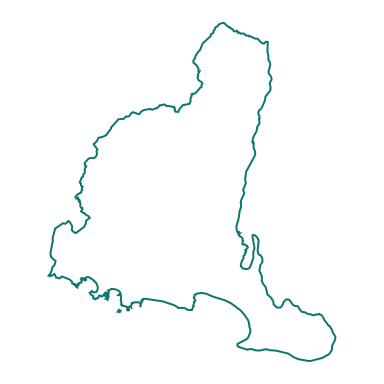 Banyuwangi, Jawa Timur, Indonesia (Mercator projection)
{"feature_id": "22746128B51270543903443", "entity_name": "Banyuwangi", "entity_type": "district", "adm_level": 2, "iso_a3": "IDN", "parent_name": "Indonesia", "parent_adm1": "Jawa Timur", "projection": "mercator", "projection_center": [114.187, -8.333], "detail": "fine", "context": "isolated", "style": "outline", "palette": "teal", "viewbox_px": 384, "rotation_deg": 0, "n_neighbors": 0, "source": "geoboundaries", "source_scale": "gbopen_adm2", "svg_char_len": 5924}
<svg xmlns="http://www.w3.org/2000/svg" viewBox="0 0 384 384"><path d="M267.8,42.0L266.2,41.6L264.3,43.0L264.0,42.6L264.2,43.5L263.7,43.7L261.3,42.7L257.6,38.7L255.3,38.7L250.9,36.5L248.9,36.3L248.7,35.6L245.9,35.5L244.6,34.1L243.0,33.4L240.8,33.7L239.5,32.7L238.1,32.9L238.1,31.9L236.7,30.8L236.3,31.5L233.7,31.2L232.8,29.3L230.4,28.3L230.3,27.5L228.1,26.8L224.1,23.0L221.3,23.2L219.0,24.4L217.2,26.4L215.2,27.6L215.1,28.9L213.4,31.1L213.5,32.2L212.6,33.4L210.8,34.2L210.8,36.0L202.7,43.4L199.9,50.3L198.0,52.0L195.5,56.0L194.8,58.6L193.6,59.9L193.3,62.5L196.4,65.2L198.5,68.6L198.3,71.0L198.7,71.6L199.4,71.4L198.2,73.8L197.6,78.1L198.7,80.3L201.6,82.2L202.4,83.5L201.5,85.0L201.6,86.9L199.7,88.2L195.8,92.9L192.9,94.2L192.4,93.7L191.6,94.1L191.6,96.2L190.7,97.7L190.4,100.4L190.7,101.3L189.4,103.8L182.6,105.3L179.7,108.8L178.3,111.9L175.4,111.7L174.5,109.6L175.0,108.5L174.0,106.8L173.1,107.1L169.8,106.1L166.6,106.0L164.2,104.4L161.2,105.3L160.1,105.1L157.6,107.7L153.0,109.5L151.9,109.7L150.3,108.9L143.7,110.1L140.8,111.9L139.9,113.7L138.8,114.2L133.6,112.3L132.0,112.5L129.3,115.9L128.3,116.5L125.9,116.5L123.9,118.8L118.4,119.3L111.1,127.5L110.9,128.8L106.1,135.2L102.3,137.0L98.5,137.8L96.7,141.3L93.6,144.2L97.5,149.5L96.5,151.4L97.0,153.9L96.2,156.2L94.0,158.2L91.4,158.0L88.6,158.6L84.9,162.6L84.8,164.9L86.0,165.9L85.6,166.3L86.1,166.8L85.2,167.9L84.7,170.2L84.9,172.5L83.4,174.3L83.0,176.8L81.8,177.3L79.7,182.6L80.9,183.5L81.0,185.5L82.7,187.0L81.7,188.3L82.3,189.9L81.5,190.6L81.1,192.5L77.2,194.6L75.5,197.2L76.4,197.6L76.4,198.4L78.0,197.7L78.4,198.6L78.1,199.6L79.2,199.8L80.0,201.2L79.1,201.6L80.5,203.5L80.2,205.9L81.2,207.9L82.3,207.9L82.5,208.5L82.3,209.7L81.0,211.3L83.5,213.1L84.5,213.1L85.6,214.6L88.7,216.3L89.8,217.9L86.1,220.7L85.7,223.9L84.1,226.9L75.9,233.1L74.1,232.4L71.8,230.2L72.2,226.3L70.0,222.3L68.5,221.0L65.4,223.8L62.8,223.3L55.2,228.6L52.7,237.8L52.8,240.8L50.5,252.9L50.8,256.3L52.4,258.4L55.5,260.9L55.3,262.4L54.5,264.9L52.4,267.4L51.1,272.3L48.6,275.7L49.8,276.0L50.9,275.6L51.1,276.0L54.5,274.0L56.3,277.8L57.2,277.5L58.7,278.4L60.7,277.8L61.4,276.6L63.0,276.8L69.8,279.6L72.1,281.8L72.1,283.4L73.5,283.7L73.9,284.5L74.7,284.0L75.4,285.4L77.5,284.4L78.6,284.8L78.8,283.1L81.2,282.7L81.8,281.1L80.9,279.6L81.7,279.1L81.5,278.1L83.1,278.2L84.1,280.1L85.2,280.5L86.1,279.8L85.1,278.2L85.6,277.7L87.6,277.0L89.3,277.4L94.1,280.6L94.3,281.6L95.2,281.8L96.4,283.4L97.8,286.8L97.7,289.0L96.7,291.6L93.9,292.6L91.7,291.0L91.2,292.1L89.7,292.8L90.8,294.5L93.3,296.2L93.2,298.1L93.8,298.0L95.0,299.4L95.9,299.2L96.4,298.3L98.0,298.0L99.1,295.6L100.5,295.7L101.2,296.5L102.7,296.0L103.7,294.7L104.4,295.5L105.1,295.2L105.4,293.5L105.0,293.1L105.7,292.5L106.9,293.1L106.6,294.1L107.6,295.0L107.5,296.0L106.8,296.4L108.0,296.8L107.7,296.0L108.4,295.8L108.0,294.8L108.7,293.9L108.7,291.7L108.0,290.5L111.5,289.0L115.1,289.2L118.8,290.8L120.3,292.7L121.2,297.0L120.7,300.8L121.4,301.5L121.2,304.3L122.0,304.6L121.7,305.4L127.3,307.0L127.2,310.1L128.0,310.5L128.9,310.3L129.1,309.6L128.2,307.2L130.2,306.4L131.1,307.2L130.8,305.7L131.5,305.2L131.8,302.9L133.1,303.2L133.9,302.3L138.7,302.3L141.0,304.0L141.7,302.3L141.3,300.7L142.5,300.5L142.1,299.9L142.7,299.1L144.9,298.7L162.8,301.4L174.2,305.2L177.9,307.4L178.3,308.1L181.7,307.8L185.2,308.3L187.8,309.9L191.9,310.0L193.1,306.7L193.8,306.3L193.3,305.1L194.3,302.6L193.9,301.9L195.4,300.6L193.7,297.5L194.9,295.6L194.6,294.8L196.7,293.7L201.8,292.9L206.4,293.8L213.2,296.7L224.7,300.2L231.2,303.4L240.5,310.3L244.6,315.0L247.7,319.5L248.9,322.3L248.9,324.4L249.6,325.4L249.4,327.1L250.5,330.1L250.1,332.7L248.1,337.7L246.5,339.3L237.6,343.8L237.3,345.4L238.4,346.8L247.6,349.8L248.1,349.3L251.9,349.1L255.4,350.3L259.2,350.6L265.9,349.2L269.7,350.2L275.9,350.6L288.0,353.5L294.1,357.4L298.2,359.1L308.5,361.0L310.8,360.9L322.2,358.0L329.0,354.2L331.9,350.0L332.0,346.0L335.1,339.8L335.4,336.6L332.8,332.6L331.9,329.7L329.6,326.0L328.7,325.7L324.7,320.5L322.1,315.5L319.3,313.9L318.9,314.5L316.5,314.3L314.3,315.1L312.3,315.1L310.0,314.1L307.7,313.9L305.3,312.4L301.7,311.8L298.8,308.2L298.3,306.4L294.9,305.9L293.1,305.0L289.1,299.6L286.0,299.5L283.3,302.3L283.1,303.8L281.2,306.9L280.3,307.5L276.9,307.5L273.6,304.4L273.3,301.4L271.1,297.7L267.5,294.6L265.8,287.4L263.1,283.8L261.8,281.2L261.9,276.3L259.4,270.8L260.3,265.2L262.4,262.1L262.4,258.7L260.6,255.3L258.8,254.5L258.0,253.2L257.6,250.1L258.7,240.4L257.2,237.4L254.8,235.3L253.1,234.9L252.4,235.7L254.5,248.1L253.3,252.2L253.4,257.4L250.8,265.4L249.7,267.5L248.5,268.6L246.4,269.2L242.7,268.3L240.9,266.2L240.9,264.0L242.0,260.6L243.5,258.5L243.4,256.0L244.9,254.7L245.0,252.9L246.1,251.8L246.2,250.8L245.3,250.3L247.9,247.4L247.0,245.7L246.1,245.7L244.5,244.3L243.3,244.7L242.3,243.7L243.0,240.8L242.5,240.3L242.7,238.8L241.1,236.7L239.3,235.9L238.6,234.7L239.5,233.8L238.6,234.0L238.2,232.9L239.6,231.5L237.7,232.5L237.3,232.0L236.3,227.7L236.6,225.7L238.6,218.6L239.7,210.9L241.0,207.3L241.1,203.7L240.7,203.0L241.1,200.4L244.3,193.1L243.1,189.8L245.8,183.2L245.1,179.3L246.2,171.6L255.2,154.9L255.1,151.7L253.5,147.5L253.8,143.7L253.5,142.6L252.9,143.1L252.3,141.8L253.4,136.9L256.6,131.1L257.2,127.0L259.6,123.0L259.0,119.6L259.6,118.5L259.2,118.2L259.5,117.1L259.9,117.1L259.5,117.1L259.5,116.0L258.3,114.0L258.3,112.2L259.2,110.4L261.5,108.3L264.7,101.0L265.6,96.4L270.2,90.7L270.6,87.6L269.7,83.6L270.5,81.2L271.3,80.5L271.6,78.6L270.7,76.0L268.8,73.6L268.5,71.9L270.2,65.0L270.0,62.5L268.4,59.8L268.3,55.1L267.4,51.7L267.8,42.0ZM120.4,311.6L119.3,310.2L118.4,311.5L119.7,311.1L118.7,312.5L120.4,311.6ZM107.8,299.0L106.6,298.6L106.3,299.0L107.6,299.8L107.8,299.0ZM77.4,287.5L77.6,286.1L76.5,286.9L77.4,287.5ZM107.5,297.6L106.8,297.6L105.9,298.5L106.6,298.5L107.5,297.6ZM140.8,306.0L140.3,304.4L140.4,306.2L140.8,306.0ZM119.3,295.2L119.4,294.4L118.5,295.1L119.3,295.2ZM119.3,310.2L119.5,309.2L118.6,310.3L119.3,310.2Z" fill="none" stroke="#0f766e" stroke-width="2"/></svg>